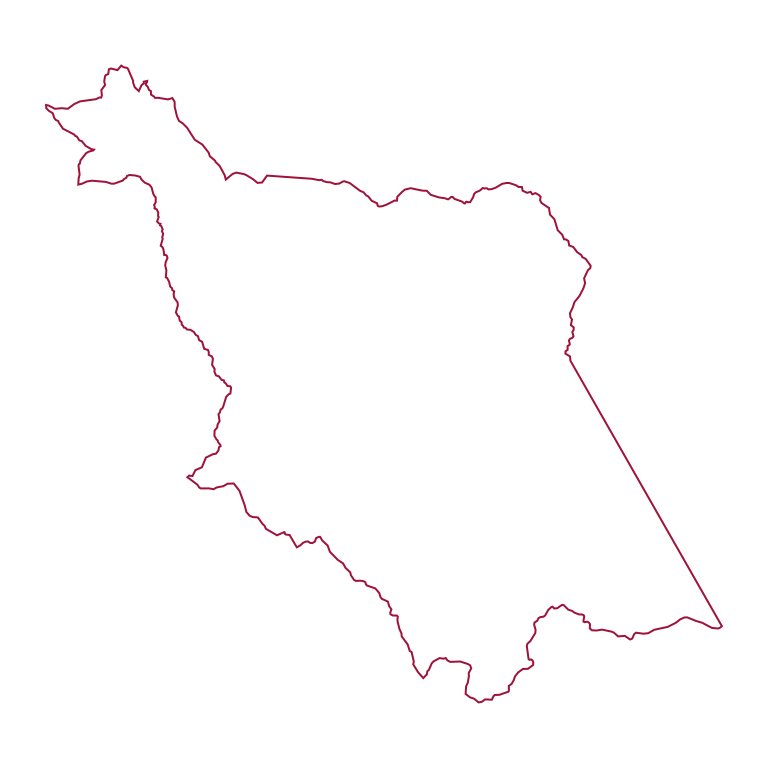 the district of Toledo, Norte de Santander, Colombia
{"feature_id": "7082276B12986735978418", "entity_name": "Toledo", "entity_type": "district", "adm_level": 2, "iso_a3": "COL", "parent_name": "Colombia", "parent_adm1": "Norte de Santander", "projection": "orthographic", "projection_center": [-72.39, 7.233], "detail": "fine", "context": "isolated", "style": "outline", "palette": "rose", "viewbox_px": 768, "rotation_deg": 0, "n_neighbors": 0, "source": "geoboundaries", "source_scale": "gbopen_adm2", "svg_char_len": 6052}
<svg xmlns="http://www.w3.org/2000/svg" viewBox="0 0 768 768"><path d="M721.9,626.2L570.4,360.7L570.0,356.4L565.4,353.6L565.5,351.3L567.6,349.9L567.6,346.0L569.4,345.0L569.8,344.1L568.9,340.5L570.0,338.8L572.3,337.9L573.5,336.3L572.3,332.0L573.6,330.0L573.7,327.4L570.9,325.2L572.0,319.5L570.4,317.1L570.0,313.2L572.5,308.0L574.5,302.1L579.5,295.9L583.4,288.3L585.1,283.2L584.1,278.3L588.0,270.0L590.2,268.3L590.7,265.9L585.7,258.9L582.3,257.1L581.3,255.0L577.1,252.1L573.3,247.0L569.2,245.5L568.4,241.0L566.1,239.5L564.0,239.3L562.2,234.7L557.7,230.2L554.4,219.2L550.0,214.6L549.0,208.0L541.4,202.9L540.1,200.2L540.6,196.7L538.8,195.0L535.5,193.1L532.3,194.3L530.6,191.8L527.1,192.8L522.6,190.7L521.9,187.0L518.5,186.9L515.9,185.2L509.3,183.0L506.5,183.0L502.2,183.8L495.7,187.7L491.6,189.1L488.4,189.4L486.7,188.2L484.4,188.5L482.8,188.0L479.8,190.6L475.8,192.3L474.1,194.0L473.1,197.3L470.2,202.1L468.1,202.3L466.7,201.7L465.9,202.0L465.1,203.4L464.2,203.4L462.1,201.6L454.5,198.9L452.7,197.0L451.3,196.9L448.3,199.3L447.3,199.2L445.2,198.3L438.8,197.4L430.7,194.8L426.8,190.8L422.1,190.6L410.7,188.2L404.9,189.6L401.9,192.1L397.3,196.8L397.0,200.6L394.5,200.6L386.3,204.8L381.8,206.3L379.0,206.5L377.7,205.8L377.1,203.3L371.7,200.8L368.3,196.5L366.1,195.3L363.6,192.3L359.9,190.7L349.7,183.0L344.5,181.3L343.2,181.4L339.2,183.6L335.0,184.0L330.2,182.3L327.1,182.2L323.3,181.1L321.7,179.8L319.1,180.2L312.2,178.8L267.0,175.6L262.1,182.5L257.5,182.9L253.2,179.3L246.5,175.2L244.0,174.1L236.2,172.6L232.5,174.0L225.8,179.6L224.6,175.0L219.7,166.0L215.5,161.9L215.2,160.8L209.8,156.2L208.7,152.7L202.4,144.6L194.8,139.8L187.2,127.9L183.0,123.6L178.9,120.8L177.0,116.5L174.7,106.8L174.6,101.8L172.4,98.1L167.9,99.4L158.1,97.8L155.0,97.9L154.2,96.7L151.0,94.6L150.9,91.1L149.0,89.9L147.7,86.7L146.0,85.1L145.7,83.9L147.1,81.9L147.2,80.9L143.7,81.7L143.8,83.4L141.6,85.0L138.8,91.1L134.8,87.3L133.1,82.6L133.1,80.8L128.0,68.9L127.1,67.9L123.6,67.2L121.3,65.6L117.5,70.1L110.9,68.5L108.9,69.3L108.2,74.1L106.0,75.0L105.0,76.3L104.2,81.6L105.1,85.0L101.3,90.1L101.9,95.4L101.2,97.5L99.4,97.5L95.9,99.2L80.0,101.4L74.2,104.1L67.8,108.8L61.9,108.2L54.9,108.8L48.7,105.6L46.1,105.0L46.3,108.3L49.0,110.9L52.7,113.2L54.4,118.3L55.9,120.0L58.3,121.1L58.9,122.8L63.1,128.8L74.1,134.5L75.1,135.8L76.9,136.6L79.4,140.4L81.8,141.1L85.7,145.9L91.4,149.2L94.0,149.6L93.4,150.4L88.7,151.7L86.2,153.1L80.5,160.3L79.8,163.7L78.9,164.2L78.5,165.8L79.6,174.5L78.6,178.7L78.3,184.6L81.8,183.8L86.9,181.5L91.9,180.7L105.8,181.9L111.5,183.7L114.1,183.7L123.0,180.5L123.6,179.4L126.4,177.7L126.9,176.0L129.6,175.0L135.3,175.5L140.0,176.8L141.7,179.8L145.0,182.8L149.4,184.7L151.6,187.5L153.1,193.3L154.4,196.0L155.7,197.3L155.7,202.4L154.1,205.0L154.8,206.9L154.5,208.3L156.8,209.4L158.3,212.7L158.0,215.9L158.7,217.0L157.1,221.5L159.0,223.5L160.5,223.8L160.1,225.4L161.3,226.1L162.7,229.5L161.9,231.1L163.2,233.9L162.2,237.3L162.7,238.8L160.7,245.8L162.5,247.1L163.5,249.6L164.2,255.0L165.3,254.8L166.8,255.7L167.5,258.0L165.8,261.8L165.2,265.4L166.4,270.5L165.8,277.3L167.2,278.1L169.1,281.8L170.2,286.6L171.9,288.1L172.4,290.2L174.2,291.4L173.6,294.2L174.2,297.7L177.5,302.2L177.9,305.2L175.9,312.4L177.8,315.8L179.0,316.5L179.7,320.5L181.6,322.2L181.7,324.6L183.0,325.7L183.8,327.5L185.5,327.8L187.0,329.5L190.4,329.8L193.9,332.0L195.7,334.8L197.9,336.1L199.2,340.2L202.1,341.7L204.2,348.8L208.0,350.0L208.8,352.1L208.7,354.8L211.8,356.4L212.9,358.7L212.1,364.9L214.7,369.1L214.4,371.6L216.0,375.4L219.0,376.4L221.5,379.8L223.9,380.4L224.3,382.4L225.8,383.4L227.5,386.0L230.2,386.3L231.1,387.6L230.4,393.5L228.6,394.3L226.2,396.8L223.2,406.6L222.3,408.4L220.6,409.6L219.9,412.4L218.5,414.2L219.6,421.1L217.6,424.5L217.2,427.5L214.6,430.6L214.4,435.8L216.6,439.6L217.6,440.3L218.2,442.3L220.4,445.0L220.6,446.2L219.1,447.1L218.4,450.5L216.0,453.7L212.9,454.2L205.9,457.6L201.9,467.3L195.4,470.1L192.5,476.0L189.1,475.6L187.4,477.2L197.4,484.7L199.3,487.6L200.8,488.4L208.9,488.4L213.7,489.2L216.5,487.5L223.3,486.2L227.6,483.7L233.8,483.5L239.5,490.9L244.6,505.0L246.4,512.0L249.7,515.8L252.6,517.0L258.0,517.5L262.5,523.9L264.5,525.7L265.9,528.8L277.0,535.3L284.2,532.1L284.7,532.4L284.8,533.8L286.0,534.6L289.6,535.0L296.8,547.3L300.1,545.5L303.2,542.7L305.6,541.7L307.9,541.4L310.2,542.9L312.3,543.1L314.8,541.7L316.1,538.1L318.6,536.9L320.1,536.9L322.3,540.5L327.7,545.6L329.9,551.8L337.8,559.9L343.1,563.4L345.6,568.0L350.3,572.4L350.9,575.2L354.0,579.9L355.9,580.9L360.8,580.7L363.8,581.3L365.4,582.2L365.8,584.2L367.1,585.6L375.3,588.4L379.2,592.9L380.5,597.1L381.8,598.8L387.9,601.6L389.2,606.3L391.4,609.3L390.2,612.9L390.5,614.3L392.9,615.5L396.8,615.5L397.8,616.6L397.4,620.0L397.8,622.3L399.4,628.9L401.5,633.4L401.7,636.4L407.7,644.5L409.7,650.9L411.6,652.0L413.8,661.7L413.2,664.3L418.2,672.4L423.3,678.1L426.8,674.5L427.4,671.2L428.9,669.9L431.7,663.4L433.5,661.4L439.5,658.1L443.5,658.7L445.7,658.0L447.4,660.4L450.3,661.9L460.1,661.5L467.9,664.0L470.2,665.4L471.2,668.4L468.7,673.1L468.9,676.2L467.8,682.7L466.1,686.4L465.6,693.9L470.1,697.4L474.0,698.6L478.6,702.4L481.6,701.9L485.2,699.4L491.9,699.7L493.3,696.4L494.7,695.0L499.5,694.8L508.3,691.7L508.9,690.9L508.8,685.9L511.6,683.9L513.7,680.3L515.0,676.4L518.1,672.5L522.8,669.0L528.0,668.8L533.1,665.0L533.3,662.5L532.5,660.4L531.2,659.5L529.4,659.8L528.6,659.1L526.8,646.0L527.4,643.8L530.4,641.0L535.3,633.1L535.6,629.8L534.2,625.0L534.4,622.7L537.3,620.7L538.5,618.1L540.4,617.1L543.5,616.7L545.2,615.4L548.2,610.0L551.3,607.1L552.5,606.7L554.3,608.5L557.3,608.2L562.1,604.8L563.8,605.2L568.2,609.6L572.5,611.1L574.0,612.4L578.9,614.4L582.2,614.5L583.8,615.3L584.2,616.4L583.4,621.5L584.6,622.2L587.3,621.7L588.9,622.6L590.0,624.2L589.8,628.4L591.9,630.3L596.7,630.5L602.1,629.6L611.8,631.7L614.0,632.7L618.1,636.4L624.9,635.9L630.1,639.5L632.2,638.6L634.2,634.1L636.0,632.7L643.3,633.7L648.2,633.2L654.2,629.8L667.7,626.9L675.8,622.8L680.3,619.3L684.6,617.4L687.3,617.4L695.9,620.9L702.3,622.8L711.9,627.9L717.9,628.5L719.6,628.0L721.9,626.2Z" fill="none" stroke="#9f1239" stroke-width="2"/></svg>